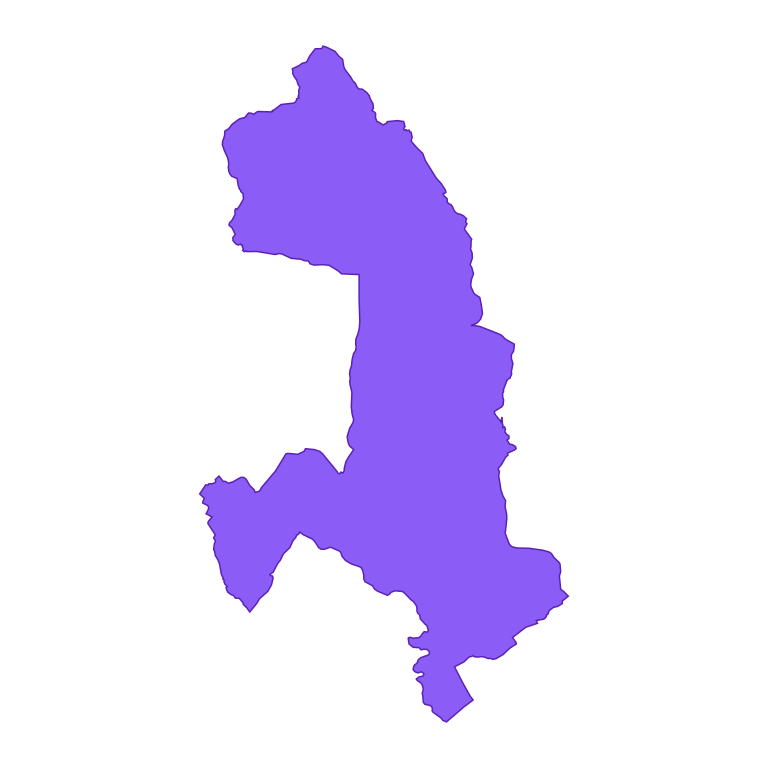 outline of Motru, Gorj, Romania
{"feature_id": "2599482B51668804441842", "entity_name": "Motru", "entity_type": "district", "adm_level": 2, "iso_a3": "ROU", "parent_name": "Romania", "parent_adm1": "Gorj", "projection": "albers", "projection_center": [22.98, 44.823], "detail": "fine", "context": "isolated", "style": "filled", "palette": "violet", "viewbox_px": 768, "rotation_deg": 0, "n_neighbors": 0, "source": "geoboundaries", "source_scale": "gbopen_adm2", "svg_char_len": 6096}
<svg xmlns="http://www.w3.org/2000/svg" viewBox="0 0 768 768"><path d="M446.5,721.9L463.6,707.2L473.1,700.0L470.2,696.2L463.1,683.5L454.5,666.8L464.0,661.9L468.8,657.2L473.3,655.8L474.3,656.7L477.4,657.1L481.3,656.6L485.0,657.2L488.2,658.6L490.4,658.3L492.6,659.3L495.8,658.8L502.9,654.7L509.8,648.2L516.3,644.0L516.1,642.5L512.5,637.5L525.7,627.3L537.5,623.3L536.3,620.5L544.0,619.1L546.0,617.1L546.6,615.3L548.2,613.7L548.7,611.6L549.6,610.3L553.4,607.4L557.9,606.3L562.4,603.5L562.1,601.2L568.3,596.2L563.8,591.6L560.7,589.3L559.4,576.2L560.7,571.3L560.0,564.0L558.9,562.2L553.8,557.4L551.6,553.7L548.9,551.9L542.6,550.2L529.4,548.3L516.9,548.0L512.5,546.9L510.6,545.7L509.1,543.7L505.2,533.3L506.8,518.8L506.6,514.1L505.1,506.8L505.6,500.7L503.0,496.0L501.0,490.2L498.7,475.8L499.4,471.6L498.1,468.6L501.7,464.3L505.5,457.4L508.0,455.1L507.5,453.2L514.9,449.8L516.1,448.6L515.5,446.5L512.1,444.5L509.9,444.3L506.9,440.1L508.9,438.6L509.0,436.0L506.9,434.5L504.8,431.9L505.4,429.3L504.8,427.2L504.3,426.8L502.7,427.6L503.0,425.3L502.5,424.0L502.0,417.6L501.7,417.6L501.0,421.9L495.6,415.1L494.3,412.5L494.6,411.3L501.7,406.8L503.1,404.9L503.6,399.8L502.8,397.5L502.6,393.3L503.5,391.9L503.5,389.5L506.9,380.6L508.1,379.0L509.9,378.2L511.7,374.0L511.3,372.1L512.9,363.6L511.5,359.0L511.3,355.0L513.7,350.8L514.4,344.2L505.4,339.2L501.7,335.4L499.2,334.1L479.9,326.5L474.5,325.5L470.9,325.5L476.4,323.4L477.9,322.2L480.5,319.2L482.5,313.7L481.4,305.3L479.8,297.5L474.1,293.7L470.9,286.6L470.8,283.8L471.5,279.3L473.5,273.8L471.8,267.6L470.1,264.7L472.4,257.9L472.1,253.0L470.5,248.9L471.0,246.6L471.1,240.8L471.7,239.3L464.5,229.3L464.6,228.4L467.0,223.8L465.6,221.9L466.6,218.9L463.6,215.9L460.0,214.1L457.8,213.8L455.8,212.5L454.3,210.8L452.3,206.4L450.8,204.5L449.4,204.1L447.4,202.3L447.1,198.6L444.3,196.0L443.0,193.9L445.9,192.6L445.5,190.2L441.1,183.4L436.6,178.6L425.4,160.7L422.7,153.4L417.0,147.9L411.3,141.4L411.6,138.5L412.2,137.6L411.2,132.4L410.1,132.0L409.2,130.2L407.0,130.7L406.1,129.7L404.3,130.2L403.7,128.5L405.1,126.4L404.5,125.7L404.4,123.8L403.6,121.5L397.5,120.6L387.3,121.6L386.4,123.3L382.9,124.9L379.1,122.3L376.9,121.5L375.5,117.6L375.6,113.5L374.9,112.4L371.9,110.4L373.4,108.4L373.0,103.9L370.1,98.5L369.3,95.7L366.6,92.4L362.1,89.1L359.2,89.0L357.4,87.6L355.1,82.9L353.0,81.1L350.6,76.9L345.0,69.5L343.8,66.6L342.6,59.3L338.8,56.2L335.1,51.4L326.8,47.3L323.0,46.1L321.8,48.6L315.2,48.8L309.9,55.7L306.5,62.2L302.2,63.3L299.4,65.4L292.3,68.8L293.0,71.8L292.7,73.4L294.1,76.4L296.8,80.3L298.0,84.4L299.5,86.5L299.7,87.9L298.7,90.2L298.9,94.1L298.1,96.4L299.1,97.9L296.6,98.8L296.7,99.9L295.1,102.4L293.6,103.1L281.1,104.5L274.5,109.6L272.3,110.6L272.7,111.5L271.6,111.9L258.1,111.5L256.4,112.2L254.0,114.3L251.3,113.2L248.6,113.0L244.7,117.6L239.9,118.7L238.0,119.9L232.1,124.3L228.8,128.6L224.9,131.0L224.5,135.9L222.7,141.3L222.3,144.4L224.4,150.7L227.4,157.1L228.4,161.1L228.7,164.2L228.3,167.2L228.8,171.3L230.0,174.1L231.8,176.3L237.1,178.6L238.2,185.2L239.5,189.3L240.7,190.2L240.8,191.6L243.1,193.6L243.1,196.5L243.6,198.1L243.1,199.7L239.2,206.5L237.0,209.3L235.8,208.7L235.0,209.9L235.0,214.6L232.0,220.3L229.6,222.8L228.9,225.1L232.1,227.9L235.2,234.5L232.9,237.4L233.0,240.7L236.3,244.3L238.5,245.0L240.5,244.1L241.2,245.0L242.5,245.2L242.4,247.0L243.4,248.9L242.6,250.3L244.2,251.7L246.2,251.0L246.6,251.6L257.2,251.5L275.0,254.5L279.2,253.6L281.7,253.9L291.1,258.3L301.3,259.3L303.9,260.6L308.2,261.0L310.2,263.9L314.2,265.1L322.9,264.7L329.1,265.3L338.4,271.0L341.4,273.8L359.1,274.6L359.1,299.4L359.8,321.8L359.2,328.9L357.9,334.0L355.9,339.1L355.7,344.2L356.2,346.6L355.7,350.3L353.5,353.8L352.1,359.8L351.5,365.8L350.0,370.3L349.6,374.1L350.3,378.5L349.8,380.9L349.9,383.9L351.9,392.3L351.3,406.8L352.2,414.4L353.6,419.4L353.1,422.3L349.6,428.4L347.1,436.9L348.4,443.4L349.8,446.2L353.7,449.6L348.5,457.1L345.9,461.8L344.4,467.7L344.2,470.7L342.9,473.0L340.9,472.1L339.8,473.7L337.9,473.2L337.1,471.5L322.4,453.6L319.7,451.4L314.6,449.6L305.5,448.7L304.1,451.3L297.8,454.3L287.7,453.4L285.9,453.9L275.6,470.9L261.6,487.4L259.7,490.8L258.5,491.5L255.0,492.4L254.3,489.9L249.7,485.4L246.1,479.1L243.8,477.4L240.9,477.3L233.0,481.8L228.4,483.2L225.1,481.3L223.2,481.4L219.0,476.1L215.3,479.5L215.8,481.4L214.8,482.8L211.9,483.8L208.8,483.8L207.7,485.3L205.8,484.8L199.7,493.9L204.3,498.3L203.0,501.2L202.7,503.0L207.5,505.4L208.7,507.1L208.3,509.5L206.1,513.8L212.1,517.0L208.3,521.4L207.9,523.5L215.3,534.9L213.6,537.9L215.5,541.2L214.4,543.6L213.7,548.9L213.9,550.2L214.7,551.5L215.3,555.5L218.0,560.0L219.6,564.3L221.3,574.1L223.2,578.2L222.9,579.0L224.3,580.6L224.0,581.9L225.0,584.2L227.2,586.5L226.1,587.4L226.6,589.7L227.8,592.2L231.0,594.6L233.3,595.3L235.5,598.2L239.1,598.2L243.3,603.0L243.2,604.3L246.6,607.6L249.8,612.0L256.8,603.3L259.6,598.6L267.8,591.4L271.5,584.8L273.1,578.1L272.5,576.0L270.3,575.5L269.9,574.5L273.2,572.2L277.5,563.8L280.4,560.1L283.4,553.8L289.8,547.7L293.0,540.7L295.7,537.6L296.6,535.2L298.5,534.3L299.8,532.1L303.6,534.9L312.2,539.0L314.8,541.5L318.7,547.7L320.7,549.1L324.2,549.3L330.5,547.2L339.5,551.1L340.7,552.4L342.1,556.4L345.5,560.5L351.5,564.0L359.4,566.6L361.3,567.9L362.8,570.8L363.7,575.1L363.9,579.3L365.0,581.7L372.4,585.7L374.7,589.2L377.6,591.2L387.4,595.3L389.5,594.2L391.0,592.3L395.1,590.8L402.5,591.5L405.4,593.9L410.9,599.7L413.5,601.6L416.0,605.1L416.9,607.2L417.0,611.4L417.7,613.1L419.7,615.1L420.3,618.8L425.2,624.3L426.8,625.4L428.4,630.3L427.4,632.1L424.3,631.7L423.5,632.2L420.7,636.2L419.0,637.6L413.1,638.2L410.1,637.3L408.5,637.8L408.2,638.6L409.1,644.1L413.1,647.3L419.1,647.7L421.0,649.8L423.9,649.2L427.2,649.5L429.5,651.9L429.2,653.8L428.5,654.9L421.2,657.5L419.1,659.0L418.0,660.3L417.1,663.0L414.2,665.3L413.1,668.6L413.6,670.5L415.8,672.2L418.0,672.9L421.4,671.8L423.6,673.4L423.8,674.2L423.0,676.0L419.1,676.9L416.3,679.0L417.3,680.6L420.7,682.7L422.4,685.3L423.3,689.6L422.2,693.4L422.8,695.8L423.3,702.3L424.9,704.3L429.8,705.4L431.5,706.5L432.4,708.4L432.1,710.8L433.1,712.3L440.8,717.8L443.0,720.5L446.5,721.9Z" fill="#8b5cf6" stroke="#5b21b6" stroke-width="1.5"/></svg>